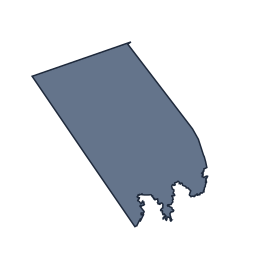 Santa María Chimalapa, Oaxaca, Mexico, rotated 232°
{"feature_id": "50627088B45709374040898", "entity_name": "Santa María Chimalapa", "entity_type": "district", "adm_level": 2, "iso_a3": "MEX", "parent_name": "Mexico", "parent_adm1": "Oaxaca", "projection": "natural_earth1", "projection_center": [-94.773, 16.942], "detail": "fine", "context": "isolated", "style": "filled", "palette": "slate", "viewbox_px": 256, "rotation_deg": 232, "n_neighbors": 0, "source": "geoboundaries", "source_scale": "gbopen_adm2", "svg_char_len": 5316}
<svg xmlns="http://www.w3.org/2000/svg" viewBox="0 0 256 256"><g transform="rotate(232 128 128)"><path d="M227.8,84.3L132.9,78.1L46.0,72.7L45.7,74.4L45.5,74.8L45.9,75.4L48.0,79.9L47.1,80.4L47.4,81.1L48.0,80.9L48.4,81.0L48.4,80.8L48.6,81.3L48.4,81.3L48.5,81.9L47.8,82.0L49.5,85.5L50.1,86.9L51.1,87.2L50.4,86.7L50.8,86.0L51.4,85.0L52.4,85.4L52.6,86.0L52.8,86.1L52.3,86.9L51.3,87.6L51.8,88.7L52.3,89.3L59.0,89.3L59.4,89.9L59.4,90.0L58.7,89.9L58.6,90.0L58.6,90.4L58.1,90.5L58.1,91.0L58.1,91.8L57.5,92.6L57.5,93.1L57.7,93.7L57.9,93.6L58.1,93.8L58.4,93.8L58.7,94.2L59.8,94.8L59.9,94.4L59.9,94.2L60.1,93.9L60.3,94.2L60.6,94.4L61.2,94.5L61.4,94.6L61.4,94.2L60.5,92.7L60.3,92.0L60.4,91.8L60.8,91.8L61.4,91.6L62.3,91.6L62.7,91.7L63.0,91.7L63.9,91.4L64.6,90.9L64.9,91.0L65.0,91.7L65.5,92.2L65.8,93.1L65.8,93.4L65.5,93.5L66.1,94.1L66.7,93.7L67.5,92.8L67.9,92.8L68.2,92.9L68.3,93.2L68.1,93.5L68.4,93.9L68.5,94.3L68.5,94.7L68.9,94.6L69.1,95.0L68.2,95.4L68.2,95.8L68.5,96.2L68.0,96.5L67.8,96.7L67.6,97.3L67.6,98.2L67.5,98.5L66.9,98.4L66.7,98.1L65.0,99.9L62.9,102.6L61.4,104.9L61.0,105.2L60.6,105.1L60.0,105.1L59.5,105.5L59.3,105.6L59.2,105.5L59.0,105.3L59.1,104.9L58.8,104.9L58.5,105.0L57.8,105.0L57.5,105.2L57.2,104.9L56.7,104.8L56.7,105.1L56.1,105.3L56.0,105.2L55.9,104.8L54.8,105.0L54.7,105.2L54.8,105.4L54.7,106.1L54.2,106.6L54.1,107.5L53.8,107.7L53.7,107.6L53.6,107.4L53.3,107.2L52.7,107.1L52.5,106.8L52.1,106.6L51.6,106.6L51.1,105.3L50.5,105.3L49.8,105.0L49.7,105.0L49.5,105.8L49.2,106.3L49.0,105.9L48.7,105.7L48.3,106.0L48.2,106.1L48.4,107.5L48.3,108.2L48.2,108.4L48.0,108.5L47.5,108.6L46.9,108.6L46.4,108.5L45.7,108.1L45.2,107.4L44.6,107.1L44.0,106.4L43.6,106.3L43.6,106.0L43.8,105.6L43.8,105.4L43.7,105.1L43.7,104.7L43.5,103.5L43.0,103.0L42.6,103.0L42.4,103.5L42.1,103.8L41.7,104.0L41.4,104.1L41.1,104.0L40.9,103.3L40.7,103.1L40.2,103.1L39.8,102.8L39.6,102.9L39.0,102.7L38.6,102.3L38.2,102.2L37.9,102.4L38.0,103.5L37.9,103.7L36.1,103.6L35.8,103.8L35.3,103.7L35.2,103.5L35.3,103.3L35.7,103.5L35.8,103.5L36.0,103.2L36.0,102.8L35.6,102.0L35.8,101.3L35.7,101.0L35.5,100.2L35.0,99.8L34.7,99.7L34.7,100.0L35.1,100.8L35.1,101.1L34.8,101.6L34.5,101.8L34.3,101.9L33.8,101.8L32.7,101.2L31.9,101.4L31.6,101.5L31.9,102.2L32.6,102.8L32.9,103.2L33.2,103.4L33.6,103.9L33.6,104.2L32.8,104.9L32.7,105.2L32.4,105.3L31.7,105.3L31.1,105.5L30.4,105.3L29.6,104.6L28.9,104.4L28.6,104.4L28.2,104.7L28.3,105.1L28.4,104.8L29.1,105.8L29.5,106.1L30.4,106.4L31.8,106.8L32.0,107.1L33.2,107.4L34.2,108.1L34.6,108.2L34.9,108.6L35.1,109.8L35.4,110.4L35.3,110.6L34.7,111.2L34.6,111.9L34.4,112.1L34.4,112.3L34.7,113.0L34.9,113.3L35.5,113.4L36.0,112.9L36.8,112.8L38.0,113.5L38.4,113.5L39.4,112.9L40.0,112.5L40.8,112.4L41.9,111.5L42.1,111.5L42.2,111.2L42.6,111.3L42.9,111.7L42.9,112.1L42.9,112.3L42.7,112.6L42.3,113.2L41.8,113.7L41.6,114.2L41.3,114.6L41.2,114.8L41.3,115.2L42.0,116.6L42.0,117.4L42.1,117.8L43.1,118.3L43.7,118.5L43.9,118.6L44.0,118.9L43.9,119.5L44.0,119.8L44.7,119.9L45.5,120.4L45.7,120.6L46.3,120.8L47.0,120.4L47.3,120.5L47.6,120.7L47.6,121.0L47.3,121.6L46.8,121.9L46.3,122.6L46.1,123.1L46.2,123.4L47.2,123.7L48.1,123.6L48.4,123.4L48.8,123.5L49.4,124.0L49.7,124.8L49.9,125.2L50.5,125.7L51.2,126.1L51.5,126.1L52.0,125.6L52.7,125.4L53.6,125.9L55.0,126.3L55.2,126.7L55.6,127.3L55.7,127.8L55.9,128.0L55.9,128.3L55.7,128.7L54.8,128.7L54.5,128.8L54.1,129.9L54.2,130.2L54.9,130.4L56.0,131.0L56.0,131.3L55.4,132.6L55.2,133.6L55.3,134.5L54.8,134.9L54.0,134.9L53.6,135.0L53.3,134.9L52.8,134.2L52.6,134.1L52.5,134.3L52.3,135.1L51.6,135.0L51.6,135.5L51.8,135.8L51.5,136.4L51.2,136.6L50.4,136.4L49.6,135.9L49.3,135.8L48.4,136.2L46.6,137.4L45.6,137.4L45.0,137.1L44.9,137.4L44.7,137.4L44.3,137.6L43.8,138.4L42.9,138.5L41.7,138.4L40.2,138.9L39.7,138.6L39.4,137.9L39.1,137.6L38.9,137.3L38.8,136.9L38.4,136.6L38.1,135.9L37.7,135.5L37.6,135.2L37.3,135.1L36.8,135.1L36.0,135.5L35.8,135.5L35.3,135.3L35.0,135.3L34.9,136.3L34.6,136.8L34.4,137.2L34.3,137.3L34.2,137.2L33.8,137.4L33.6,137.7L33.3,137.8L33.0,138.3L33.0,138.6L33.6,139.2L33.7,139.5L33.3,140.2L33.1,140.8L32.9,141.0L33.5,141.4L33.5,141.8L33.2,142.0L32.7,141.4L32.2,141.4L32.1,141.6L32.4,141.8L32.3,142.2L31.9,142.6L31.7,142.9L31.2,143.4L31.2,143.6L31.5,144.0L31.7,143.9L31.9,143.9L32.2,145.2L32.1,145.5L31.8,145.9L31.3,146.0L31.1,146.4L31.0,146.7L31.2,147.0L31.3,147.6L30.9,148.6L31.7,149.0L32.1,149.0L32.3,149.1L32.4,149.3L32.2,149.7L32.3,149.9L34.0,151.6L34.1,152.3L34.4,153.0L35.2,153.6L35.5,153.9L35.9,154.6L36.6,155.4L36.8,156.3L37.0,156.3L37.4,155.9L37.7,156.6L37.6,156.8L37.7,157.0L38.0,157.0L38.5,156.7L38.8,157.5L39.1,157.6L39.5,158.0L39.9,157.9L40.1,158.0L40.1,158.6L40.2,158.9L40.1,159.5L40.6,160.0L40.6,160.4L40.7,160.8L41.0,161.0L41.2,160.7L41.6,160.5L41.8,160.0L42.1,159.2L42.2,157.5L42.4,157.5L42.6,157.1L43.6,157.1L43.9,156.5L44.1,156.6L44.0,156.9L44.4,156.9L44.5,157.2L44.7,157.7L44.6,158.0L44.8,158.1L45.0,158.0L45.0,158.3L45.1,158.5L45.5,158.4L45.5,158.2L45.7,158.4L45.9,158.5L45.9,158.8L46.1,158.7L46.2,158.8L46.2,158.7L46.4,158.7L46.7,158.5L46.7,158.8L46.9,158.7L47.1,158.8L47.0,159.3L47.1,159.8L47.0,160.0L47.3,160.1L47.2,160.8L47.4,161.3L47.9,161.2L48.1,161.8L48.5,162.3L48.7,162.6L48.9,163.1L49.0,163.1L48.7,163.8L48.3,165.8L53.6,168.4L58.4,170.4L60.2,170.8L75.8,176.5L87.6,178.3L194.2,179.4L194.0,183.3L227.8,84.3Z" fill="#64748b" stroke="#1e293b" stroke-width="1.5"/></g></svg>